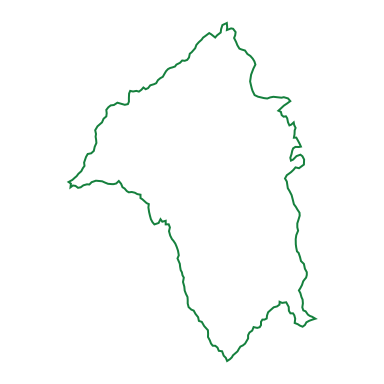 Pindamonhangaba, São Paulo, Brazil (Equal Earth projection)
{"feature_id": "56859067B24511577204159", "entity_name": "Pindamonhangaba", "entity_type": "district", "adm_level": 2, "iso_a3": "BRA", "parent_name": "Brazil", "parent_adm1": "São Paulo", "projection": "equal_earth", "projection_center": [-45.457, -22.887], "detail": "fine", "context": "isolated", "style": "outline", "palette": "green", "viewbox_px": 384, "rotation_deg": 0, "n_neighbors": 0, "source": "geoboundaries", "source_scale": "gbopen_adm2", "svg_char_len": 3990}
<svg xmlns="http://www.w3.org/2000/svg" viewBox="0 0 384 384"><path d="M106.3,109.9L106.7,113.3L106.3,116.4L103.6,118.7L102.0,122.4L97.5,126.3L95.2,130.2L96.0,134.0L95.6,136.7L96.1,139.6L96.4,143.0L94.7,146.8L93.8,150.9L91.2,153.3L87.7,154.0L86.0,157.0L84.1,162.6L84.5,165.9L82.9,168.1L81.3,171.2L78.4,173.8L76.6,176.2L74.8,177.7L72.4,179.9L68.6,182.0L70.9,183.6L70.5,187.3L72.9,185.5L75.5,185.9L78.0,187.8L80.7,187.3L83.4,185.3L87.0,184.3L89.4,184.5L91.6,182.2L95.9,180.7L99.1,181.0L102.2,181.3L104.8,182.5L108.0,183.8L111.7,184.1L113.7,184.1L116.2,183.5L118.8,181.0L121.1,183.8L122.5,187.2L124.6,188.5L126.8,191.1L128.8,192.3L131.8,192.0L134.8,192.7L137.3,194.1L140.5,194.7L140.5,198.1L142.4,199.3L144.6,201.3L146.6,203.1L148.8,204.1L148.4,207.4L149.1,212.1L150.0,215.9L150.9,219.2L152.5,222.2L154.4,224.4L158.6,223.0L160.5,219.2L162.3,221.7L165.7,220.8L165.7,224.4L168.7,224.3L169.9,227.4L169.0,231.2L170.2,235.6L171.9,239.0L173.5,240.9L175.3,243.6L176.7,246.9L178.0,250.7L178.8,255.3L177.5,258.4L178.6,261.0L179.8,263.8L180.1,266.7L180.7,270.1L181.9,272.3L182.5,275.3L183.8,277.6L183.0,282.0L184.3,286.6L184.7,290.6L186.0,294.0L187.5,297.0L187.7,299.9L187.7,303.5L188.6,307.1L191.3,309.6L193.7,310.6L195.5,313.9L198.1,317.2L198.9,320.9L201.8,321.9L204.2,326.1L207.9,330.2L208.1,333.6L208.0,337.0L209.8,340.3L211.0,343.5L212.7,345.7L215.3,345.8L217.5,347.6L218.8,350.8L222.1,351.3L223.7,355.7L225.8,357.8L227.1,361.0L229.9,359.2L231.8,357.4L233.0,355.3L237.5,351.4L238.9,348.9L240.4,346.6L242.9,345.4L245.1,343.6L248.1,338.5L248.1,335.2L249.5,332.5L252.2,330.6L253.6,327.1L257.2,327.9L259.7,327.2L261.0,325.1L261.0,321.8L262.4,319.6L264.5,319.6L266.7,318.5L267.0,315.6L268.1,312.3L270.2,310.4L273.7,307.3L277.1,306.4L279.5,304.6L279.6,301.8L282.1,302.9L286.2,302.3L288.7,306.9L288.9,310.8L290.4,313.3L293.0,313.3L294.3,315.3L295.2,318.7L294.7,323.0L297.8,324.2L299.9,325.6L302.6,326.7L304.9,325.0L306.4,322.3L309.4,320.7L312.8,319.5L315.4,318.7L312.2,316.8L309.8,315.9L307.9,314.6L305.6,311.3L303.3,310.4L302.3,307.3L302.9,303.4L302.6,299.6L301.5,297.2L300.4,293.2L298.9,290.4L300.2,288.4L302.0,285.0L303.2,281.3L304.6,279.4L306.1,277.6L306.8,275.0L306.8,272.2L304.9,268.7L303.9,263.9L301.0,261.1L300.0,257.0L298.6,252.9L297.0,251.4L296.2,247.4L295.8,244.3L295.7,239.1L296.3,235.1L298.1,230.7L297.3,227.3L297.3,223.4L298.3,220.3L299.7,215.7L299.5,212.7L297.3,209.4L296.0,207.1L293.9,204.2L292.7,199.3L291.6,195.1L289.4,190.8L287.8,188.2L287.3,184.8L286.8,181.5L285.0,178.5L286.8,175.2L289.2,173.5L291.2,172.0L293.5,169.8L295.5,167.4L299.0,168.2L303.9,164.6L304.1,159.5L302.4,156.2L300.4,154.7L296.5,156.1L293.1,159.6L291.0,160.6L290.3,157.8L291.5,154.2L292.2,150.9L293.1,148.4L295.4,146.9L298.9,147.0L300.9,146.6L299.7,143.9L298.0,140.7L296.3,137.6L293.9,137.7L294.5,134.4L294.7,130.3L295.6,127.9L294.2,125.1L293.7,122.4L291.3,124.6L289.4,125.4L288.0,122.3L287.2,118.3L285.9,116.3L283.6,116.7L281.7,115.1L280.9,111.9L278.4,110.7L280.8,108.5L283.9,105.6L286.9,103.6L290.3,101.1L288.0,98.4L283.8,97.2L281.5,97.7L273.4,96.8L270.2,97.4L267.3,98.5L264.0,98.1L261.0,97.4L258.0,96.7L254.6,95.1L252.5,90.8L251.7,88.2L251.0,85.3L250.1,81.4L251.1,74.7L253.4,68.6L255.4,64.6L254.4,61.4L252.7,58.6L250.4,56.0L247.4,54.0L245.0,50.5L241.3,49.4L239.4,48.6L237.4,45.3L236.1,42.0L234.1,38.0L235.2,35.2L235.6,32.1L233.1,28.8L231.1,28.4L226.9,30.0L227.2,27.4L226.8,23.0L222.4,25.1L221.1,29.2L220.7,32.5L217.1,35.3L215.2,37.5L211.2,34.3L209.2,33.1L205.1,36.2L203.1,37.6L201.6,39.7L198.8,42.2L196.4,44.9L195.2,48.2L191.6,52.3L189.8,53.7L189.0,57.5L187.2,59.9L184.7,60.8L182.2,60.5L180.0,62.8L176.4,64.6L175.0,66.5L172.4,67.4L170.1,68.0L168.0,69.1L166.1,71.1L164.6,73.6L162.8,76.8L160.3,78.2L157.9,80.2L156.2,83.2L154.0,84.2L150.3,85.3L148.1,88.1L145.7,89.2L143.4,87.5L141.4,89.8L138.9,91.6L136.4,90.9L133.0,91.5L130.2,90.9L129.1,93.5L128.9,97.8L128.9,101.7L127.9,104.1L124.8,104.8L120.9,103.7L117.4,102.7L113.9,105.0L110.7,105.4L108.3,107.3L106.3,109.9Z" fill="none" stroke="#15803d" stroke-width="2"/></svg>